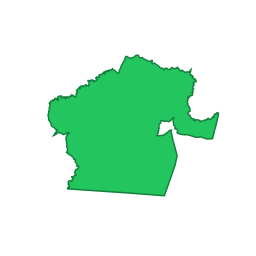 Kibwezi West, Eastern, Kenya (orthographic projection), rotated 315°
{"feature_id": "3690345B25425189689724", "entity_name": "Kibwezi West", "entity_type": "district", "adm_level": 2, "iso_a3": "KEN", "parent_name": "Kenya", "parent_adm1": "Eastern", "projection": "orthographic", "projection_center": [37.912, -2.311], "detail": "fine", "context": "isolated", "style": "filled", "palette": "green", "viewbox_px": 256, "rotation_deg": 315, "n_neighbors": 0, "source": "geoboundaries", "source_scale": "gbopen_adm2", "svg_char_len": 5781}
<svg xmlns="http://www.w3.org/2000/svg" viewBox="0 0 256 256"><g transform="rotate(315 128 128)"><path d="M42.3,128.4L80.9,172.6L105.8,201.6L134.8,187.7L143.2,182.3L150.3,170.0L150.6,169.1L156.4,160.4L157.1,160.1L156.3,159.5L155.3,159.2L150.1,158.7L148.0,158.0L146.9,157.4L143.6,154.7L143.1,153.9L146.2,152.5L148.9,150.6L149.7,150.3L151.4,148.2L152.5,147.5L154.5,147.5L155.3,146.9L156.5,146.3L157.1,146.7L157.5,147.5L158.2,148.1L158.3,149.1L160.0,150.0L160.6,150.9L160.9,151.8L161.5,152.5L163.7,153.0L164.3,152.7L166.9,152.5L167.6,153.3L165.4,154.4L162.3,158.4L162.3,159.8L161.9,160.6L160.8,161.5L160.6,162.0L161.8,162.9L161.7,164.4L159.4,166.0L159.6,167.2L160.4,169.0L162.9,172.5L165.4,174.9L169.3,182.3L173.7,186.6L175.5,190.6L176.6,192.1L178.2,193.6L180.2,195.2L180.5,194.8L182.0,194.3L186.6,191.4L192.2,188.3L201.9,182.1L202.5,180.8L201.8,180.2L200.1,180.2L199.2,179.5L198.2,179.7L197.7,180.3L197.1,180.2L196.3,180.8L195.8,180.7L195.5,180.4L195.6,180.1L195.3,180.1L193.1,180.4L191.8,179.5L191.5,179.0L191.7,178.3L191.4,177.9L190.6,178.1L190.1,177.5L189.5,177.8L188.9,177.8L188.0,176.6L186.5,176.3L184.7,175.1L183.5,174.6L184.1,173.9L184.0,173.1L182.1,170.2L181.7,170.1L181.0,170.3L180.6,170.2L180.0,169.1L180.8,168.9L181.1,168.5L179.7,166.3L180.1,163.9L180.7,162.7L180.3,161.4L180.4,160.4L180.9,159.7L181.3,159.6L182.2,159.5L183.4,160.0L184.1,159.8L184.2,159.5L185.4,158.1L186.2,156.5L186.4,155.7L186.2,154.8L186.3,154.1L187.1,153.5L188.1,152.0L189.0,151.1L189.6,150.9L190.5,150.1L191.3,150.0L191.9,148.8L192.4,148.7L193.2,149.7L193.5,149.6L194.2,148.9L195.6,149.7L196.0,150.2L197.1,150.2L198.0,149.2L198.3,148.3L199.0,148.6L199.4,148.5L199.9,148.0L199.8,147.6L200.2,147.1L201.5,146.6L201.8,146.8L202.2,146.6L202.1,145.8L202.9,144.9L203.8,144.2L204.3,144.6L205.0,144.4L205.2,143.9L205.7,143.5L205.5,143.3L205.6,142.9L206.0,142.8L206.1,142.3L206.6,142.2L208.0,142.7L208.2,143.0L208.6,143.0L208.8,143.3L209.0,143.0L209.5,142.7L209.3,142.4L210.0,141.5L210.0,140.9L209.4,140.8L209.5,139.3L209.1,138.3L209.5,137.7L210.2,137.7L210.4,137.5L210.3,136.7L210.4,135.4L209.8,135.2L210.2,133.5L210.8,132.9L212.0,132.5L213.7,131.2L212.6,131.3L211.9,131.6L210.8,131.5L209.2,129.9L207.7,129.0L207.5,128.5L207.3,125.7L206.9,125.3L205.9,125.2L205.3,124.8L205.4,124.1L205.7,123.6L205.6,121.5L206.1,120.5L205.9,120.1L203.6,119.4L202.8,118.9L202.3,118.2L202.0,117.4L201.9,116.5L201.6,116.1L199.5,116.2L198.7,116.0L198.2,115.6L197.8,115.0L197.6,113.2L197.1,112.5L196.3,112.1L195.1,112.5L194.6,112.4L194.5,111.8L194.8,110.4L193.6,109.1L193.4,107.8L193.4,105.6L192.5,100.8L192.1,100.3L190.9,100.1L190.6,99.5L191.0,98.6L192.5,97.9L192.9,97.4L192.6,97.0L191.2,96.6L190.3,96.0L189.3,94.2L188.3,91.4L187.9,88.7L187.8,88.3L186.7,87.6L185.9,86.6L185.9,85.9L186.6,84.5L186.6,83.7L186.0,82.9L184.7,82.2L182.3,82.2L180.9,81.4L179.3,80.7L178.8,80.1L178.4,79.2L177.8,76.7L177.3,76.0L176.4,76.1L174.3,77.2L172.7,77.8L167.4,79.2L165.2,80.4L162.4,81.2L161.3,82.2L160.1,82.4L159.6,82.0L159.3,81.3L159.5,78.7L159.1,78.0L158.9,76.6L158.9,75.1L157.8,75.2L157.0,74.8L156.3,74.7L155.7,73.9L154.9,74.3L153.7,74.0L153.6,73.6L154.2,73.1L153.1,72.7L152.6,72.0L152.1,72.0L151.6,72.8L151.3,72.8L150.9,71.7L150.5,71.4L150.2,71.4L149.9,71.8L150.0,72.1L150.3,72.2L150.3,72.4L150.0,73.2L149.8,73.3L149.5,72.3L148.6,71.3L148.3,71.2L147.7,71.6L147.0,71.7L146.6,71.4L145.5,70.0L144.9,70.1L144.2,71.2L143.2,71.5L142.3,70.0L140.9,69.9L140.5,69.9L140.2,70.3L140.7,71.6L140.5,71.9L139.9,72.1L138.4,71.9L137.6,71.0L137.0,71.3L136.4,71.0L137.1,69.8L136.5,69.1L136.4,68.2L135.7,68.0L135.1,68.5L134.9,68.3L133.6,66.7L133.4,66.2L133.0,66.3L133.1,67.1L132.6,68.5L131.4,69.3L130.9,69.8L130.9,70.3L130.4,70.5L130.1,70.3L128.8,68.8L128.9,68.1L128.7,67.5L128.4,67.4L127.9,67.7L127.3,67.7L126.9,67.5L126.0,66.5L125.7,66.4L125.1,66.8L124.8,65.4L124.2,65.3L124.0,65.0L123.2,65.2L122.5,64.8L122.0,65.1L122.5,65.9L122.1,66.3L121.4,66.0L121.3,64.9L119.7,65.1L118.2,65.0L117.8,65.2L118.0,66.4L117.4,67.3L117.1,67.3L116.3,66.8L113.8,68.6L112.7,68.9L112.5,68.6L112.3,66.3L111.4,65.7L111.7,64.8L111.1,64.9L110.9,65.6L110.4,65.5L110.3,65.1L109.7,64.8L109.3,64.3L107.8,65.1L107.7,64.3L107.2,63.0L106.9,62.7L106.7,62.9L106.6,63.4L104.5,63.1L104.6,62.3L105.3,61.9L105.4,61.3L104.2,60.4L103.8,60.3L103.2,60.5L102.5,60.0L102.3,59.6L103.0,59.5L103.5,58.9L103.3,57.9L103.0,57.6L102.7,57.7L101.5,56.6L100.0,56.5L99.2,57.3L99.0,58.8L98.3,59.0L97.9,58.7L98.4,57.9L98.3,57.6L97.8,57.6L97.5,57.0L98.1,56.5L97.4,55.4L96.3,55.6L95.7,56.0L95.2,55.3L94.6,55.0L94.3,55.1L94.4,55.8L93.8,55.5L92.5,54.4L92.2,54.4L91.6,55.1L91.0,55.4L90.6,54.7L90.1,54.7L89.7,55.2L89.3,56.6L88.9,57.1L87.9,57.3L86.7,57.9L85.6,59.3L84.0,60.0L82.7,61.1L80.8,62.2L80.3,62.7L79.6,63.6L79.4,64.5L77.6,66.2L77.4,68.7L76.8,69.7L76.5,70.7L75.8,71.4L75.6,72.0L75.4,73.4L76.1,76.0L75.9,77.6L76.1,78.2L76.0,78.8L76.3,79.1L76.4,79.5L70.2,80.7L72.8,81.6L74.6,81.5L75.3,81.7L77.1,84.2L77.4,86.5L77.6,86.9L78.3,87.4L82.7,89.0L83.0,89.9L82.9,90.1L81.1,89.7L80.2,89.8L78.8,90.2L77.2,91.1L76.2,92.1L75.2,93.9L74.5,94.4L74.4,94.9L73.8,95.2L73.6,95.9L71.9,97.6L71.4,97.9L70.8,99.6L70.1,100.4L69.0,101.0L68.7,101.5L67.3,101.7L67.4,102.8L67.7,103.1L67.5,105.3L68.5,106.5L68.2,107.4L68.4,109.8L67.7,111.9L67.7,112.2L68.4,112.8L68.4,113.3L67.7,113.9L66.8,114.4L66.3,117.6L66.4,118.1L65.5,118.6L64.9,118.5L65.1,119.5L65.8,120.0L65.7,120.7L63.9,121.4L62.6,121.1L62.0,120.5L61.0,120.7L60.4,121.2L59.0,121.7L58.8,122.0L58.2,123.2L58.3,123.8L58.1,124.4L57.4,124.3L57.1,123.8L55.1,123.8L53.7,122.7L53.4,123.0L53.7,124.0L53.4,125.0L53.0,125.2L51.8,125.0L51.2,125.8L50.6,126.0L50.2,125.9L50.0,124.8L49.1,123.8L48.5,123.7L47.4,123.9L47.3,124.6L46.7,125.2L45.8,125.6L45.6,125.9L46.0,126.5L46.0,126.8L44.8,128.2L44.6,128.3L44.2,127.6L43.5,128.1L43.0,127.7L42.3,128.4Z" fill="#22c55e" stroke="#15803d" stroke-width="1.5"/></g></svg>